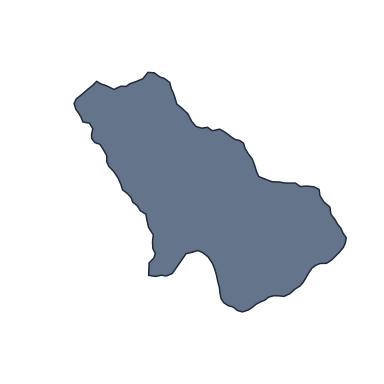 São João do Manhuaçu, Minas Gerais, Brazil (Mercator projection), rotated 134°
{"feature_id": "56859067B45199340096443", "entity_name": "São João do Manhuaçu", "entity_type": "district", "adm_level": 2, "iso_a3": "BRA", "parent_name": "Brazil", "parent_adm1": "Minas Gerais", "projection": "mercator", "projection_center": [-42.151, -20.379], "detail": "fine", "context": "isolated", "style": "filled", "palette": "slate", "viewbox_px": 384, "rotation_deg": 134, "n_neighbors": 0, "source": "geoboundaries", "source_scale": "gbopen_adm2", "svg_char_len": 1848}
<svg xmlns="http://www.w3.org/2000/svg" viewBox="0 0 384 384"><g transform="rotate(134 192 192)"><path d="M210.2,338.3L213.1,333.2L214.0,328.6L215.2,323.9L217.4,319.1L213.8,313.7L215.4,307.3L220.0,304.5L223.2,301.4L223.9,296.1L221.7,291.5L222.9,285.9L225.0,278.7L229.4,274.4L231.3,269.7L231.6,262.9L233.2,255.0L235.9,248.5L238.7,243.4L238.0,237.0L238.3,232.0L240.5,227.6L239.9,221.9L241.4,216.1L240.0,209.7L243.3,205.3L247.6,198.7L249.7,190.1L255.2,185.9L259.9,180.8L261.7,175.7L266.0,173.6L272.9,173.6L276.8,170.0L282.1,165.3L277.8,159.3L273.4,156.5L270.3,152.2L264.5,149.6L255.9,150.9L247.8,152.2L240.6,153.4L234.5,149.6L229.9,147.0L228.1,142.0L227.5,135.1L229.2,127.6L231.6,122.3L234.5,117.2L238.3,111.5L241.9,105.7L245.4,101.5L248.6,96.8L249.5,92.1L248.6,87.0L246.1,82.4L245.7,77.1L243.3,72.5L238.2,69.7L233.6,68.6L228.1,67.9L223.4,66.4L219.3,64.5L214.3,63.8L209.9,61.2L206.2,57.2L203.2,53.3L197.3,51.0L190.5,50.5L184.3,49.0L179.6,49.3L175.3,50.3L169.5,51.8L163.4,52.8L158.8,52.1L154.4,50.2L149.9,45.7L144.3,44.4L139.8,44.3L133.1,44.1L126.8,44.6L122.0,46.4L117.8,49.2L116.6,55.1L114.6,59.9L114.1,64.6L112.6,69.7L111.5,76.6L107.0,82.4L107.6,90.1L105.7,97.5L101.9,102.3L103.6,108.0L108.2,113.8L112.9,117.9L113.7,123.8L117.2,127.4L121.1,131.5L123.9,135.9L129.0,141.5L131.7,147.8L134.5,154.7L132.3,160.1L129.7,164.7L126.4,171.6L125.3,178.5L123.8,184.1L121.1,188.8L121.8,193.5L124.2,197.4L125.2,202.2L125.9,209.2L127.6,215.8L133.8,219.9L134.7,225.8L139.3,229.3L142.1,234.8L141.4,241.2L138.6,249.6L138.8,258.5L139.3,264.1L136.2,269.4L133.8,274.1L132.1,278.5L128.7,284.1L129.5,290.8L131.6,295.1L132.5,302.0L136.6,306.8L144.6,306.0L151.3,308.9L157.3,311.9L161.8,312.7L165.2,316.6L172.4,319.4L175.0,327.3L177.4,332.4L178.7,337.5L184.1,337.5L190.5,338.3L199.2,339.1L205.4,339.9L210.2,338.3Z" fill="#64748b" stroke="#1e293b" stroke-width="1.5"/></g></svg>